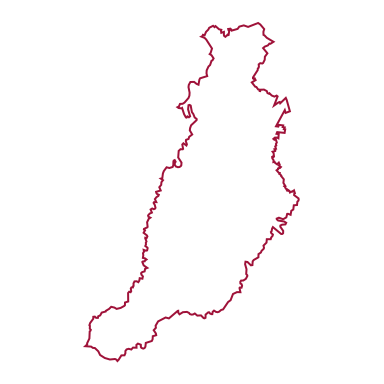 Tlachichilco, Hidalgo, Mexico
{"feature_id": "50627088B33396950786450", "entity_name": "Tlachichilco", "entity_type": "district", "adm_level": 2, "iso_a3": "MEX", "parent_name": "Mexico", "parent_adm1": "Hidalgo", "projection": "robinson", "projection_center": [-98.199, 20.617], "detail": "fine", "context": "isolated", "style": "outline", "palette": "rose", "viewbox_px": 384, "rotation_deg": 0, "n_neighbors": 0, "source": "geoboundaries", "source_scale": "gbopen_adm2", "svg_char_len": 6002}
<svg xmlns="http://www.w3.org/2000/svg" viewBox="0 0 384 384"><path d="M294.9,193.2L294.0,190.4L292.9,191.4L292.7,191.1L290.0,192.5L289.6,191.1L288.6,190.3L288.2,190.7L287.5,189.7L287.0,190.3L286.1,188.8L285.1,187.8L284.9,188.0L285.5,186.5L284.3,186.1L284.9,185.3L283.4,182.9L283.8,179.3L281.1,176.0L281.3,175.7L280.4,174.5L279.4,174.0L279.7,173.0L278.9,172.9L276.6,170.3L278.1,169.2L278.0,168.5L278.5,168.1L279.9,168.0L280.9,167.0L278.9,165.6L279.7,164.7L278.8,162.6L277.1,164.3L275.1,162.9L274.6,161.9L273.4,162.1L273.6,160.3L272.3,158.3L272.1,156.9L272.7,156.5L273.0,157.3L274.0,156.6L273.6,153.1L272.6,151.7L275.2,151.0L275.3,150.3L274.5,149.2L276.0,148.8L275.2,146.4L276.3,145.5L275.9,144.0L276.8,142.5L275.8,139.4L274.4,139.8L273.4,138.9L274.9,137.6L277.1,137.6L278.4,138.3L278.7,134.2L276.5,133.8L277.2,132.1L284.6,132.9L285.2,129.4L283.9,129.2L284.7,127.4L282.7,127.1L283.2,125.4L279.0,124.9L278.3,126.6L276.0,126.3L284.8,110.1L285.6,112.9L289.9,111.3L286.7,100.0L285.8,97.9L280.2,103.3L279.7,102.0L278.5,102.4L274.1,105.5L277.6,96.4L276.6,95.6L274.4,96.6L271.7,95.5L269.5,93.3L269.1,93.8L267.5,93.1L266.8,91.1L264.0,89.6L260.6,89.7L260.2,91.1L259.6,91.0L259.3,89.6L258.1,89.4L256.4,87.0L255.2,86.7L251.8,82.4L255.6,80.1L254.7,78.4L253.7,78.9L253.0,78.4L253.0,77.4L257.7,70.1L257.8,68.5L258.6,67.8L258.9,66.5L258.7,64.4L260.2,63.2L262.3,63.5L263.1,63.0L264.7,59.8L264.9,56.7L267.4,53.3L263.1,48.1L264.8,46.6L267.9,45.4L269.4,43.6L270.4,43.8L273.5,41.8L266.8,37.8L264.5,35.4L263.5,34.9L263.4,31.8L264.2,29.1L260.3,24.5L258.1,23.0L248.1,26.9L243.8,25.4L239.3,26.6L237.6,28.9L231.7,30.6L231.3,29.5L230.4,29.8L230.1,28.7L228.2,29.0L228.5,30.2L229.2,31.0L228.6,35.0L227.5,35.3L227.5,34.8L225.4,36.8L224.3,36.1L223.9,35.1L223.9,31.9L221.3,32.8L221.0,30.8L221.3,29.8L219.1,29.3L215.5,26.1L214.5,27.1L213.1,25.8L209.2,27.8L208.3,29.6L206.0,31.9L204.6,35.3L203.0,34.8L202.5,36.0L201.4,36.6L204.6,37.9L206.2,39.5L212.0,48.5L210.6,53.0L209.7,54.1L211.5,55.2L213.6,58.4L212.5,60.3L211.5,60.8L210.1,65.0L208.5,66.5L206.7,70.3L206.5,73.4L207.2,76.1L200.1,78.3L199.4,79.6L198.5,84.7L196.6,83.9L194.1,81.9L190.4,82.0L188.8,84.9L188.5,87.1L189.6,92.7L189.4,95.7L188.5,98.0L184.5,102.6L182.6,103.8L180.0,103.9L178.9,106.5L177.5,107.2L178.6,108.0L181.6,108.4L182.1,108.0L184.1,114.2L185.9,117.4L186.6,117.6L187.4,116.4L188.9,117.3L190.1,116.3L188.1,109.4L188.5,105.2L189.6,104.9L190.7,105.6L191.9,112.1L193.3,114.0L194.7,117.5L196.6,118.9L196.7,119.9L196.0,120.7L191.1,125.3L190.1,128.1L189.8,130.4L192.2,134.5L189.2,136.8L188.5,139.0L186.1,139.8L185.8,141.2L186.9,144.3L186.4,145.5L183.4,143.3L182.3,144.5L183.1,148.9L182.7,149.3L180.5,149.2L178.7,150.9L178.2,157.5L181.5,162.6L181.3,165.3L180.8,166.1L179.5,167.0L177.9,167.2L175.9,166.5L174.8,164.9L174.7,163.5L175.6,161.7L174.7,160.1L173.7,160.6L173.4,161.6L173.3,165.3L172.6,167.0L169.4,168.0L166.6,167.3L163.8,171.1L162.9,173.5L162.3,178.2L160.8,178.6L163.0,180.2L161.4,182.2L161.2,184.9L159.3,187.2L160.7,190.5L156.1,191.8L156.3,192.9L157.1,194.0L158.8,194.8L158.3,196.0L156.5,197.1L154.9,199.1L156.3,202.1L154.1,202.1L153.6,202.9L154.8,205.0L155.5,207.8L155.1,208.6L153.8,209.2L152.2,208.5L150.6,209.5L151.9,212.6L149.7,213.6L148.1,215.4L148.4,216.7L150.3,217.7L148.8,218.7L147.1,222.2L147.6,226.7L147.4,227.3L144.0,228.9L143.9,229.5L145.0,230.4L143.6,232.8L146.9,235.4L147.4,236.4L146.6,238.1L145.3,237.7L145.2,238.2L146.5,241.5L145.8,242.8L146.0,244.3L145.3,246.0L147.5,247.7L147.6,248.4L147.1,250.4L145.9,250.7L143.7,249.9L144.0,251.7L143.0,253.2L143.3,255.2L142.9,257.9L144.9,258.3L146.5,259.5L145.0,260.5L144.7,261.3L143.0,261.4L142.3,262.0L143.7,265.4L147.3,267.9L145.1,268.8L144.6,271.4L142.2,272.1L141.1,273.2L141.4,274.6L142.9,276.4L142.4,278.7L139.7,278.2L139.3,280.7L138.3,282.2L136.7,281.3L134.5,281.4L133.5,283.4L133.6,285.9L133.0,286.3L132.9,287.4L131.5,287.4L130.8,288.4L131.2,291.3L130.6,292.2L129.2,291.7L128.1,293.0L128.2,301.5L125.0,302.5L124.9,305.3L124.3,305.9L120.7,307.9L116.6,308.9L114.5,307.6L111.2,306.8L109.1,308.9L105.9,310.8L105.7,311.5L101.7,312.6L100.2,315.4L98.2,316.3L97.9,317.9L96.2,317.9L94.8,316.6L93.3,316.8L93.3,318.7L90.2,322.9L89.4,325.2L89.9,325.8L89.8,328.7L90.8,329.8L90.5,330.7L89.7,331.4L89.4,338.5L87.1,343.3L87.2,344.4L85.3,346.2L91.1,346.6L92.9,347.9L94.8,348.0L98.3,351.3L100.1,355.0L104.8,358.0L109.9,359.5L115.0,359.0L116.5,359.7L117.4,361.0L118.6,359.8L121.4,355.4L124.5,355.3L125.4,353.2L125.4,351.0L126.6,349.4L128.7,348.8L131.3,349.5L133.0,347.6L136.5,347.7L136.4,344.9L137.9,343.6L140.8,344.7L140.9,347.1L141.5,347.9L143.2,348.6L144.5,348.1L145.4,346.7L145.8,342.9L151.8,341.0L152.6,339.3L152.8,336.2L156.2,335.2L155.9,333.5L153.7,330.2L155.9,327.8L155.6,325.7L158.1,321.4L165.6,317.5L168.9,318.4L177.7,310.9L178.2,310.8L178.3,312.7L179.5,314.3L182.9,312.2L186.9,311.9L189.0,312.9L189.9,314.1L191.5,314.6L193.0,314.5L194.8,313.5L197.3,315.6L201.0,315.4L203.6,318.1L204.6,318.3L205.5,317.8L205.6,314.6L208.3,312.3L209.2,312.3L209.9,313.4L211.3,314.1L212.3,314.1L212.7,311.8L214.0,310.6L216.0,311.9L217.7,312.2L219.1,311.7L221.1,310.0L223.1,309.4L228.1,302.0L230.6,300.2L233.0,294.0L237.0,292.1L240.4,292.2L239.5,288.0L239.9,287.5L241.5,287.7L242.1,285.8L241.6,284.2L240.4,283.5L240.3,281.8L241.1,280.6L243.3,280.5L245.8,278.9L247.3,276.1L247.3,275.3L246.2,274.0L246.5,269.2L245.1,264.2L245.5,261.7L247.5,262.0L250.9,265.3L252.4,265.1L252.7,261.3L253.7,260.0L258.4,257.3L258.5,254.1L260.9,252.5L261.6,250.8L263.6,248.9L264.0,247.9L263.5,245.6L266.5,242.6L266.8,239.2L270.7,239.2L271.2,237.5L272.6,235.8L272.9,234.5L271.3,233.2L270.9,232.0L271.6,231.2L272.1,228.6L272.9,227.1L281.2,234.0L282.4,233.9L283.1,233.2L283.2,230.9L280.3,226.7L280.4,225.5L282.0,224.7L285.4,224.4L286.2,222.8L284.1,221.5L278.1,220.5L276.8,219.3L276.7,218.6L278.9,217.7L282.8,219.1L283.5,219.0L286.3,217.4L287.2,213.9L288.0,213.8L290.6,214.8L291.3,210.8L293.3,209.5L293.8,205.3L297.0,205.0L297.4,201.6L298.4,200.7L298.7,199.6L298.5,198.4L294.1,195.1L294.3,193.5L294.9,193.2Z" fill="none" stroke="#9f1239" stroke-width="2"/></svg>